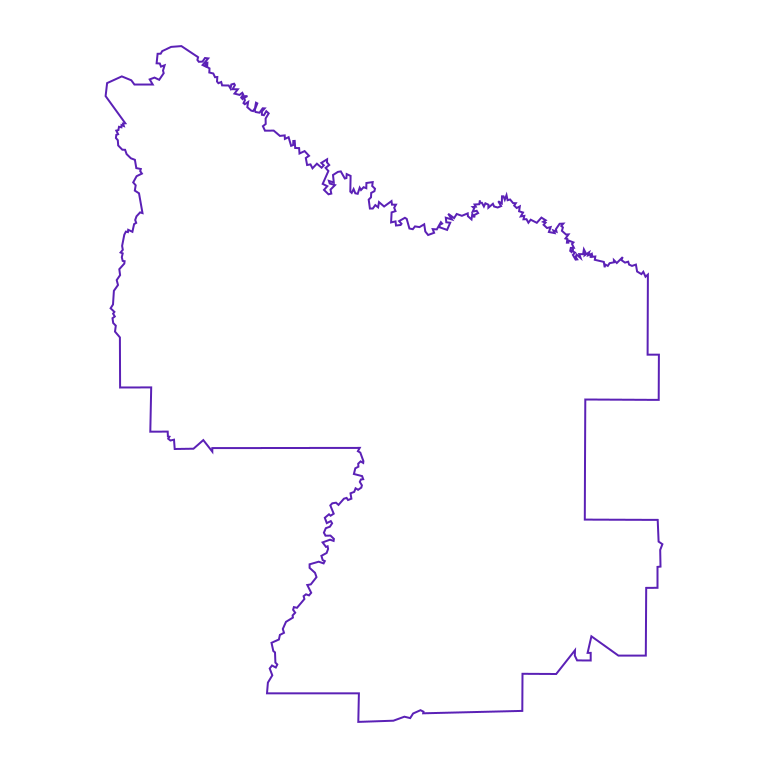 Campaspe, Victoria, Australia
{"feature_id": "25037944B18187162419032", "entity_name": "Campaspe", "entity_type": "district", "adm_level": 2, "iso_a3": "AUS", "parent_name": "Australia", "parent_adm1": "Victoria", "projection": "orthographic", "projection_center": [144.612, -36.323], "detail": "fine", "context": "isolated", "style": "outline", "palette": "violet", "viewbox_px": 768, "rotation_deg": 0, "n_neighbors": 0, "source": "geoboundaries", "source_scale": "gbopen_adm2", "svg_char_len": 6070}
<svg xmlns="http://www.w3.org/2000/svg" viewBox="0 0 768 768"><path d="M198.1,57.2L181.4,46.1L171.1,46.9L162.2,51.1L160.7,53.7L157.6,53.8L156.6,63.3L159.8,63.5L161.0,66.6L164.6,65.3L163.0,70.6L163.7,73.2L159.2,79.8L154.5,77.6L149.7,79.4L152.7,84.5L134.4,84.5L131.3,80.3L121.8,76.4L107.1,83.1L105.6,96.1L125.3,123.3L123.0,123.5L123.8,126.0L121.5,125.1L121.4,127.3L119.0,126.8L118.4,130.1L116.3,130.6L118.1,134.2L116.3,134.9L115.9,138.0L117.8,140.2L118.2,145.5L122.3,149.7L125.1,149.8L126.6,154.1L130.9,158.3L134.9,159.8L136.3,168.1L140.8,169.0L140.2,171.1L141.9,173.6L136.6,176.2L133.2,182.4L135.7,185.3L134.8,190.6L139.0,193.3L142.5,213.1L140.1,212.4L136.5,216.3L135.2,220.0L136.2,222.9L134.1,224.1L132.4,231.8L128.2,229.8L127.9,232.1L125.9,231.6L124.3,234.7L122.1,245.9L122.8,249.8L120.6,252.5L122.7,253.4L121.8,257.2L122.7,260.9L124.6,261.2L124.3,263.6L119.3,269.2L120.1,275.1L116.7,280.1L118.0,285.0L113.9,290.8L113.0,304.5L110.6,308.3L114.4,311.9L113.1,313.7L114.8,316.5L112.5,318.2L113.2,323.0L115.8,325.7L115.0,331.6L119.9,337.4L120.1,387.5L151.2,387.4L150.3,431.7L167.7,431.6L167.9,436.4L169.4,436.7L168.2,438.7L170.4,440.5L174.0,439.7L174.7,449.0L193.5,448.7L203.3,440.1L212.3,451.6L212.3,448.1L359.7,447.9L357.9,451.2L360.3,452.6L363.4,461.1L363.2,462.9L360.6,461.4L358.2,463.7L358.4,466.7L355.3,468.3L353.9,474.0L362.1,476.1L363.2,479.2L360.9,479.5L359.8,481.9L361.9,485.3L361.3,487.6L358.1,489.8L355.6,488.3L354.2,491.9L350.5,493.3L351.4,498.7L348.0,500.0L346.6,497.9L343.9,498.7L338.5,504.9L336.0,502.7L332.3,503.3L330.3,505.4L333.7,513.7L330.6,515.7L329.0,514.3L324.8,517.8L326.8,523.1L330.8,521.1L332.1,523.3L329.9,526.7L325.8,528.2L323.9,532.7L325.5,535.7L330.5,535.6L333.9,538.9L333.6,540.9L330.0,539.7L322.6,542.4L326.0,546.9L327.6,546.3L328.1,548.9L326.6,553.0L321.4,555.8L322.7,560.1L324.8,561.1L323.6,563.4L318.7,561.7L309.6,564.3L309.6,567.9L315.0,572.8L316.5,577.1L310.8,584.4L307.3,585.0L311.2,592.8L309.0,595.4L306.0,594.3L303.6,596.2L304.4,599.0L297.0,607.8L293.9,607.1L293.1,609.8L295.2,612.7L292.6,615.4L292.9,617.6L286.0,621.8L282.8,629.0L284.0,632.8L279.9,634.9L278.9,639.5L271.5,642.8L273.3,651.0L275.0,652.4L275.4,662.6L277.3,664.5L275.8,667.5L272.0,665.5L269.7,668.5L272.3,675.3L267.9,682.6L267.0,693.3L358.9,693.3L358.3,721.9L393.4,720.7L404.4,716.7L410.2,718.1L413.1,713.5L420.5,710.2L423.5,711.7L423.2,713.3L522.3,710.9L522.5,673.8L556.2,674.0L575.0,650.2L574.8,655.6L577.1,660.4L590.7,660.5L590.7,652.9L587.6,652.9L591.4,636.3L618.4,655.6L645.8,655.6L646.2,587.9L657.5,587.8L657.5,566.9L660.5,566.6L660.2,549.9L662.4,544.2L658.6,541.6L657.7,519.9L584.8,519.6L585.0,463.7L585.3,399.5L658.7,399.9L658.9,354.7L647.6,354.7L647.9,274.6L645.5,276.7L643.3,271.8L641.4,274.1L637.1,271.5L635.9,264.6L632.0,265.9L629.1,264.6L628.2,261.7L625.0,262.6L621.4,260.1L622.7,257.1L616.8,263.0L613.9,260.1L614.0,262.3L609.6,263.2L607.8,265.9L605.2,264.5L604.7,267.3L603.8,261.9L594.8,259.8L595.3,256.5L592.5,256.8L592.0,254.7L590.5,257.7L590.7,254.2L588.1,255.3L589.1,252.3L584.8,255.2L585.5,252.5L583.9,249.4L583.1,254.2L579.3,254.1L580.6,258.0L576.6,254.6L575.7,257.0L577.2,259.4L575.6,259.6L572.9,254.9L575.0,252.6L572.8,251.3L573.0,248.9L571.5,252.0L570.2,250.9L570.8,247.9L573.9,247.8L572.0,244.0L573.4,242.4L568.5,240.5L568.4,242.7L566.9,242.7L567.3,239.0L565.5,238.5L568.5,234.4L566.0,234.5L561.9,230.8L562.9,227.4L561.3,226.0L563.3,223.6L559.6,223.8L555.9,229.2L556.5,231.7L553.4,230.5L554.6,233.1L548.9,232.0L550.6,227.1L547.0,228.0L543.6,224.8L545.5,222.7L543.2,221.8L545.7,220.3L541.4,217.6L536.8,222.8L530.7,219.7L528.4,222.7L526.5,219.2L523.5,219.3L524.3,215.9L520.8,216.4L523.0,212.5L519.1,211.3L519.8,206.4L516.7,208.0L514.2,205.6L515.8,203.2L513.1,203.1L510.1,199.5L507.6,200.2L506.5,195.1L504.8,199.7L503.5,196.3L502.0,196.3L501.8,203.4L498.3,201.3L501.1,206.1L497.7,207.5L494.1,206.5L492.9,203.8L488.4,207.7L488.4,204.7L485.4,203.3L483.9,206.5L481.9,202.8L479.9,202.8L479.9,200.3L479.3,204.2L474.6,204.5L475.8,206.7L472.8,207.0L474.2,208.3L472.7,211.6L476.7,210.8L478.1,213.1L474.3,215.0L474.5,217.4L472.3,214.0L471.5,219.4L467.9,216.2L467.7,213.4L461.9,215.8L456.7,214.0L454.1,218.1L448.2,213.8L452.0,219.5L445.8,217.7L446.3,222.3L450.2,222.7L447.1,229.9L439.7,227.3L439.5,224.9L442.1,223.6L440.9,222.2L436.8,229.4L432.7,229.1L434.1,232.8L428.1,235.0L425.3,231.5L424.2,224.3L419.5,227.1L415.0,226.4L412.8,229.2L409.4,228.5L406.7,218.9L404.9,217.8L399.1,221.1L401.5,223.8L400.6,225.0L396.0,225.5L395.5,221.4L391.1,222.4L391.6,212.4L395.5,211.1L394.2,207.8L395.9,204.7L392.0,204.7L391.5,201.1L384.1,206.5L379.0,202.1L378.1,207.3L375.3,205.1L372.8,208.5L369.9,208.5L368.7,199.6L371.0,197.3L371.2,192.9L374.4,191.2L375.0,188.7L372.2,186.0L372.7,182.1L366.4,183.0L366.3,188.2L363.6,187.2L361.0,190.0L359.7,187.7L357.7,193.8L355.3,193.3L353.6,189.1L351.7,192.9L350.3,191.6L350.6,175.9L346.7,174.1L346.4,178.1L344.8,178.5L340.8,171.4L337.9,171.9L333.0,175.0L333.8,182.5L328.9,180.9L329.7,183.5L335.0,185.1L330.5,189.6L331.3,193.6L328.5,194.3L324.0,189.9L327.3,186.2L322.7,183.9L328.4,171.0L325.6,167.9L329.2,165.0L327.0,162.4L327.1,159.3L321.3,162.9L323.8,165.3L321.6,167.7L316.9,163.7L312.5,168.3L310.5,164.4L307.1,165.0L305.8,158.0L309.0,155.8L304.6,151.1L299.5,153.5L299.1,148.1L295.2,148.0L294.7,140.9L293.3,141.0L293.2,145.0L291.1,145.8L288.6,137.2L284.9,138.9L284.7,135.4L279.9,135.9L273.7,130.6L265.0,130.7L262.9,126.2L265.7,124.0L265.6,118.5L268.7,113.4L266.3,111.2L263.9,115.2L261.9,114.8L261.9,111.5L264.6,108.4L262.7,108.3L259.5,112.7L255.5,112.0L254.7,110.0L257.3,103.4L256.0,102.7L255.0,108.1L253.1,111.1L251.2,110.6L247.3,107.2L248.1,102.0L244.8,104.2L243.5,103.1L244.9,100.3L244.2,97.8L247.4,96.1L244.6,96.1L242.5,99.0L241.2,97.6L243.2,94.5L242.3,92.8L239.5,94.9L234.5,93.6L237.8,89.3L232.6,89.2L234.9,85.1L234.1,83.7L231.3,84.5L230.5,88.5L228.7,85.5L222.1,85.4L221.2,82.0L218.4,83.2L217.0,81.5L217.3,77.0L215.0,77.2L213.3,73.5L209.3,72.5L209.5,68.4L207.1,67.0L207.4,62.7L205.5,62.9L205.6,66.5L202.6,65.0L208.2,58.4L205.0,58.0L202.5,61.6L198.8,61.8L197.4,59.9L198.1,57.2Z" fill="none" stroke="#5b21b6" stroke-width="2"/></svg>